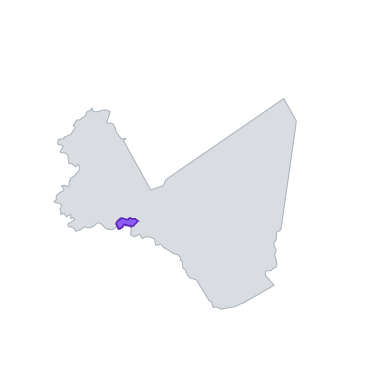 Tominian, Ségou, Mali shown in context, rotated 61°
{"feature_id": "8926073B14979931376640", "entity_name": "Tominian", "entity_type": "district", "adm_level": 2, "iso_a3": "MLI", "parent_name": "Mali", "parent_adm1": "Ségou", "projection": "robinson", "projection_center": [-4.333, 13.322], "detail": "fine", "context": "in_parent", "style": "filled", "palette": "violet", "viewbox_px": 384, "rotation_deg": 61, "n_neighbors": 0, "source": "geoboundaries", "source_scale": "gbopen_adm2", "svg_char_len": 6030}
<svg xmlns="http://www.w3.org/2000/svg" viewBox="0 0 384 384"><g transform="rotate(61 192 192)"><path d="M83.0,279.3L83.1,278.1L82.1,277.2L82.1,276.8L82.6,273.1L82.6,272.1L83.0,270.3L82.4,269.4L82.2,268.8L80.7,266.4L80.2,264.4L79.4,263.0L77.6,262.6L76.9,263.7L76.5,263.9L75.8,263.1L75.6,262.4L75.6,261.8L73.3,258.6L73.4,256.9L74.3,255.9L74.7,254.5L73.8,252.8L74.0,251.2L73.9,248.9L72.5,246.9L71.6,246.0L70.8,244.6L71.4,241.4L70.1,238.7L72.7,239.8L73.9,238.8L75.1,237.4L76.1,235.5L76.6,233.3L76.8,231.3L77.9,228.3L79.1,226.8L81.7,224.7L82.4,224.9L86.6,229.4L88.9,231.7L89.8,232.9L90.6,232.9L91.8,230.7L93.0,228.8L93.6,228.3L97.8,228.0L100.0,228.4L101.9,229.0L104.7,229.1L112.0,227.7L112.2,226.8L112.1,225.7L112.4,224.9L113.0,224.2L113.5,224.0L113.7,226.6L114.3,226.9L116.0,227.1L170.2,227.1L172.5,213.8L168.5,208.9L154.8,66.4L180.5,66.4L185.0,69.6L267.8,132.3L268.3,134.3L268.2,137.1L268.8,137.9L270.0,138.8L274.7,141.5L275.1,142.0L275.3,143.1L275.9,144.5L276.9,145.3L278.0,145.9L279.5,146.3L283.7,146.7L284.6,147.3L286.5,149.8L287.5,150.3L293.3,151.6L295.1,152.3L297.2,153.4L298.3,154.5L298.3,158.3L299.1,160.9L299.1,161.5L298.2,162.5L298.0,163.3L296.9,165.3L297.1,166.1L299.2,167.6L300.2,168.0L301.3,168.0L313.4,165.4L313.9,201.7L313.5,202.3L313.2,208.7L312.4,212.5L310.9,215.3L309.9,219.5L309.3,220.3L308.9,222.7L308.0,224.1L306.5,224.6L303.7,227.3L303.5,229.4L296.9,228.2L296.4,228.3L296.2,228.5L296.0,229.7L279.2,230.4L270.9,230.8L265.7,235.8L262.3,236.2L258.1,235.8L255.9,235.8L255.1,236.1L254.9,237.0L248.2,234.4L245.7,235.2L245.3,235.0L245.0,234.4L243.8,234.1L241.8,234.3L240.5,234.6L236.2,238.5L233.9,239.5L229.6,241.8L226.7,243.8L225.6,244.1L223.9,244.2L222.5,244.6L221.3,249.1L220.5,249.5L215.4,247.7L214.4,248.0L213.5,248.5L210.6,251.1L209.2,253.2L208.5,256.0L208.6,257.8L208.1,258.3L206.8,258.5L204.4,257.9L203.7,258.1L203.4,259.5L203.4,262.5L202.9,264.5L201.5,265.2L200.4,266.0L199.6,266.2L198.8,266.0L194.7,263.0L193.3,262.5L191.8,262.8L190.3,264.1L187.7,267.3L188.0,268.4L188.7,269.7L189.2,271.3L189.2,272.8L185.4,274.8L186.3,276.4L186.2,280.5L184.5,282.4L183.9,283.6L182.2,284.9L180.7,285.6L176.2,286.7L174.3,288.0L173.5,289.1L173.2,290.2L173.4,291.5L174.3,294.3L174.0,296.7L173.3,299.6L172.6,300.9L170.4,302.4L170.8,304.3L170.9,307.0L170.6,310.5L169.9,312.8L169.4,312.6L167.4,312.7L165.2,313.4L164.4,314.0L164.2,314.8L162.3,316.7L161.1,316.6L159.9,316.1L159.3,315.6L159.3,315.3L160.0,313.8L160.0,313.2L159.3,310.6L159.4,309.9L159.1,307.9L156.5,308.7L156.4,309.0L156.8,310.3L156.6,310.6L155.7,310.5L154.5,310.1L153.1,308.9L152.8,309.3L152.7,310.2L152.6,311.4L152.9,313.4L152.5,314.1L150.5,314.0L148.7,314.2L148.3,314.9L148.1,315.8L148.5,316.7L148.4,317.0L147.7,317.6L147.4,317.6L146.4,316.6L142.6,315.6L142.3,314.3L141.8,314.2L140.6,312.6L140.1,312.6L139.6,312.9L138.2,312.8L136.8,314.2L135.9,316.0L134.8,316.9L133.2,317.3L133.5,316.1L133.0,314.6L129.7,312.6L129.2,311.8L128.3,307.3L128.4,306.0L128.6,304.9L128.5,303.9L128.1,303.3L127.1,302.6L126.1,302.3L124.8,303.2L124.2,303.3L123.6,303.3L123.3,302.9L123.3,302.5L124.7,300.1L125.4,299.1L126.9,297.9L127.2,297.4L127.3,296.9L127.1,296.6L126.2,296.1L124.7,295.0L124.0,294.9L123.3,294.4L122.6,292.7L122.3,292.3L121.6,292.1L121.0,291.7L121.1,287.5L119.7,284.4L118.4,280.3L117.8,279.4L116.6,278.6L115.2,278.0L114.0,277.9L112.5,278.3L112.6,278.7L113.3,280.0L113.5,280.7L113.4,281.4L113.1,281.9L111.2,282.3L108.6,283.8L107.8,285.5L107.2,285.7L106.2,285.5L99.5,282.6L96.6,283.8L94.8,286.4L94.3,287.2L93.5,287.9L93.0,287.9L92.5,287.4L90.6,283.6L89.7,282.7L88.7,282.7L87.7,283.3L86.8,284.6L85.6,285.8L84.8,286.1L84.2,285.9L81.4,283.4L81.3,282.8L82.5,279.8L83.0,279.3Z" fill="#d9dde1" stroke="#a8b0b8" stroke-width="1"/><path d="M191.2,253.3L190.9,253.5L190.0,253.7L188.6,254.4L188.4,254.5L188.1,254.5L188.1,254.8L188.1,255.0L187.9,255.1L187.7,255.3L187.7,255.5L187.4,255.7L187.2,255.9L187.0,256.2L187.0,256.5L186.4,257.3L185.9,257.7L185.7,258.1L185.4,258.2L185.3,258.3L184.4,259.0L184.6,259.8L184.7,260.6L184.9,260.6L185.0,260.8L185.2,261.1L184.8,261.6L184.7,261.9L184.8,262.1L184.7,262.2L184.7,262.4L183.9,263.0L183.6,263.4L183.1,263.8L182.8,263.9L182.6,264.2L182.4,264.3L181.8,265.1L181.7,265.2L180.6,266.1L180.4,266.4L180.4,266.5L180.5,266.6L180.6,267.0L180.8,267.1L180.9,267.3L180.9,267.8L180.9,268.0L181.0,268.2L181.0,268.3L180.9,268.3L181.0,268.5L180.8,268.6L180.7,268.6L180.8,268.8L180.7,269.0L180.9,269.5L181.0,269.6L181.0,269.9L181.1,270.1L181.2,270.4L181.3,270.5L181.2,270.6L181.3,270.7L181.3,271.0L181.4,271.3L181.5,271.4L181.5,271.5L181.6,271.9L181.7,272.0L181.8,272.3L181.8,272.5L182.0,272.8L182.3,272.8L182.6,273.2L182.8,273.6L183.1,273.8L183.3,274.0L183.5,274.0L183.7,273.8L184.0,273.7L184.5,273.8L185.4,274.0L185.5,273.9L185.6,274.0L185.8,274.0L186.0,274.1L186.3,274.1L186.5,274.1L186.9,273.9L187.0,273.9L187.2,273.7L187.4,273.7L187.5,273.7L187.5,273.8L187.7,274.0L187.8,274.1L187.7,274.2L187.8,274.2L187.8,274.3L188.0,274.3L188.3,274.2L188.5,274.2L188.6,274.3L188.7,274.2L188.8,274.1L188.9,273.9L189.0,273.9L189.1,273.7L189.2,273.4L189.3,273.2L189.3,272.7L189.4,272.4L189.2,271.7L189.2,271.4L189.3,270.8L189.3,270.3L189.3,270.0L189.2,269.8L189.0,269.7L188.6,269.5L188.6,269.3L188.6,269.2L188.5,268.9L188.5,268.7L188.3,268.5L188.1,268.2L187.9,267.9L187.7,267.7L187.4,267.4L187.4,267.2L187.5,267.1L187.5,266.9L187.8,266.7L188.0,266.5L188.1,266.4L188.2,266.2L188.3,266.2L188.5,266.2L188.8,266.3L189.0,266.3L189.2,266.2L189.1,265.9L189.0,265.7L188.9,265.6L188.7,265.4L188.8,265.3L189.0,265.2L189.3,265.0L189.4,264.9L189.5,264.8L189.7,264.7L189.9,264.7L190.0,264.7L190.3,264.4L190.5,264.4L190.6,264.2L190.8,263.9L190.9,263.7L191.0,263.6L191.0,263.4L191.0,263.2L191.0,262.9L191.1,262.7L191.3,262.6L191.5,262.5L191.8,262.5L191.9,262.3L192.0,262.2L192.3,262.0L192.3,261.9L192.5,261.9L192.6,262.0L192.8,262.0L192.8,261.9L192.8,261.7L193.0,261.5L193.0,261.4L193.1,261.2L193.0,261.3L192.9,261.3L192.9,261.2L193.0,261.2L193.0,260.9L193.2,259.2L192.4,257.5L191.9,255.1L191.2,254.1L191.1,253.7L191.2,253.3Z" fill="#8b5cf6" stroke="#5b21b6" stroke-width="1.5"/></g></svg>